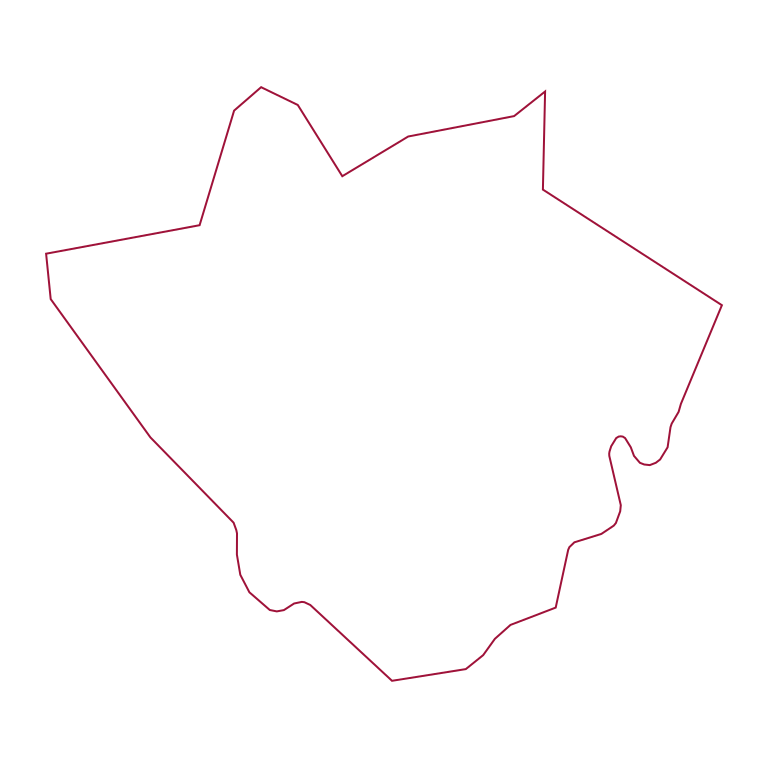 map outline of Barnet (Robinson projection)
{"feature_id": "GBR-5705", "entity_name": "Barnet", "entity_type": "London Borough", "adm_level": 1, "iso_a3": "GBR", "parent_name": "United Kingdom", "parent_adm1": "", "projection": "robinson", "projection_center": [-0.185, 51.612], "detail": "fine", "context": "isolated", "style": "outline", "palette": "rose", "viewbox_px": 768, "rotation_deg": 0, "n_neighbors": 0, "source": "natural_earth", "source_scale": "10m", "svg_char_len": 866}
<svg xmlns="http://www.w3.org/2000/svg" viewBox="0 0 768 768"><path d="M261.1,87.2L297.8,105.0L342.3,176.2L408.2,136.5L514.1,116.1L545.1,91.5L542.9,189.6L721.9,305.2L680.9,403.9L678.6,411.9L671.7,423.6L670.5,427.2L667.6,447.3L660.1,459.5L655.8,462.8L649.8,465.1L644.2,464.5L639.9,462.8L634.0,455.9L630.8,447.3L625.1,438.1L622.8,436.6L620.7,436.3L618.6,436.6L616.2,438.1L611.2,446.2L609.5,451.6L609.2,453.6L609.3,455.9L620.8,505.2L620.2,511.3L615.9,523.0L613.8,525.6L601.4,533.9L574.4,542.3L569.4,547.1L568.2,549.8L555.7,607.6L510.5,624.9L494.9,638.8L483.2,655.1L465.8,669.1L392.0,680.8L310.3,605.0L304.4,602.2L301.8,601.9L294.1,603.5L283.9,610.1L276.8,611.4L269.8,610.0L249.4,592.3L240.3,574.8L236.9,554.6L237.0,533.4L236.3,530.1L233.6,522.7L150.4,437.4L50.7,299.1L46.1,253.7L199.6,225.2L234.1,110.6L261.1,87.2Z" fill="none" stroke="#9f1239" stroke-width="2"/></svg>